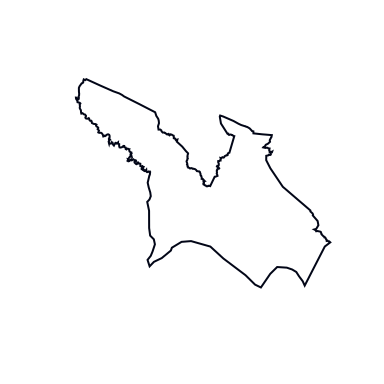 Biakoye, Volta, Ghana (orthographic projection), rotated 295°
{"feature_id": "2480657B27736636353654", "entity_name": "Biakoye", "entity_type": "district", "adm_level": 2, "iso_a3": "GHA", "parent_name": "Ghana", "parent_adm1": "Volta", "projection": "orthographic", "projection_center": [0.354, 7.392], "detail": "fine", "context": "isolated", "style": "outline", "palette": "ink", "viewbox_px": 384, "rotation_deg": 295, "n_neighbors": 0, "source": "geoboundaries", "source_scale": "gbopen_adm2", "svg_char_len": 6027}
<svg xmlns="http://www.w3.org/2000/svg" viewBox="0 0 384 384"><g transform="rotate(295 192 192)"><path d="M249.6,48.5L249.1,48.4L248.3,48.0L248.3,46.3L246.4,46.6L246.0,46.9L245.2,47.1L244.1,46.5L243.9,46.1L240.2,45.4L238.5,45.5L235.0,47.2L233.4,48.2L231.6,48.9L230.5,48.9L229.5,49.7L228.4,50.0L227.9,49.9L227.7,49.4L227.9,48.7L228.7,47.5L228.5,46.9L227.8,47.3L227.1,48.0L226.7,48.8L225.7,49.9L225.0,50.3L225.4,52.5L225.1,53.4L224.6,53.4L224.2,53.1L223.7,53.3L222.4,54.2L220.8,54.7L220.2,55.2L219.2,56.7L217.1,57.9L216.3,58.6L217.2,59.5L216.7,61.1L217.0,62.3L216.3,63.7L215.9,63.9L214.6,63.8L214.1,64.2L213.8,65.0L214.4,66.6L215.3,67.2L215.2,67.6L213.8,68.8L213.5,69.7L214.0,70.4L213.7,71.2L212.6,71.8L212.2,72.2L212.2,74.2L212.8,75.9L212.7,76.9L211.9,76.8L211.1,77.6L211.0,78.7L210.7,79.8L210.0,80.1L209.1,79.9L208.4,81.7L206.4,81.9L206.4,82.9L207.2,84.4L207.1,85.5L206.4,86.7L205.7,87.5L206.0,88.6L205.0,88.0L204.9,88.1L205.4,88.4L205.8,89.5L206.6,90.1L207.7,90.4L208.8,91.5L208.9,92.1L208.8,92.8L208.3,93.4L206.9,94.2L205.7,94.1L204.9,95.5L204.4,94.6L203.4,95.3L202.6,95.1L202.0,95.6L201.5,95.8L200.7,96.5L201.7,96.3L201.2,97.1L201.6,98.1L202.5,98.8L203.2,98.4L203.2,99.1L201.6,100.4L201.1,101.6L201.9,101.6L203.4,101.9L204.1,101.8L204.4,102.1L204.1,103.3L205.7,104.0L204.5,104.5L204.6,105.8L202.9,106.5L201.8,107.5L202.1,108.5L203.1,109.7L204.8,110.4L205.0,110.9L204.3,111.0L204.0,111.6L204.0,112.2L204.2,112.3L204.3,113.0L203.6,113.8L202.9,113.9L202.9,114.6L203.9,114.7L204.2,116.0L204.0,116.8L204.2,117.1L203.7,117.2L202.4,118.2L202.2,118.5L202.2,120.3L201.5,120.3L201.3,120.8L200.4,120.3L200.0,120.4L199.8,120.7L200.1,121.1L198.4,122.5L198.0,120.8L195.8,120.4L194.8,120.5L194.7,120.0L193.9,120.8L193.8,120.5L193.0,120.4L192.9,121.3L193.6,122.2L193.8,122.3L194.5,122.3L195.6,122.9L196.1,123.3L195.9,123.7L195.2,123.5L195.1,123.8L195.5,124.3L196.5,124.4L196.9,124.9L196.4,126.8L196.9,127.3L196.9,127.8L196.6,128.1L195.5,127.3L195.0,127.1L194.4,127.5L193.7,129.6L193.8,130.1L194.0,130.2L195.5,129.9L196.0,130.7L195.2,131.5L195.6,132.1L195.8,133.2L193.6,134.3L193.8,135.3L194.5,136.1L194.1,136.6L194.3,137.5L193.4,137.5L192.5,136.5L191.6,136.5L191.4,136.7L191.9,137.5L192.0,138.2L191.2,138.4L191.2,139.3L191.5,139.6L190.9,140.0L191.0,140.5L191.4,140.9L192.8,141.2L191.3,142.1L191.0,142.8L191.2,143.2L192.3,144.1L192.0,144.8L192.7,145.3L192.5,145.6L189.8,146.5L189.0,146.4L181.7,147.9L177.9,150.8L173.9,154.4L170.8,156.4L167.2,156.6L164.1,155.6L156.9,161.0L141.2,168.4L134.8,172.5L133.0,177.4L128.9,180.5L121.4,181.4L116.7,181.6L111.7,180.4L106.7,185.0L112.6,187.0L119.3,192.5L130.0,197.6L133.0,197.3L142.4,203.6L147.1,211.9L150.3,231.7L145.0,248.5L139.2,275.7L134.7,288.3L134.6,294.8L150.9,297.5L160.0,300.9L163.5,309.9L164.1,315.5L163.6,320.3L160.8,324.7L157.9,330.1L154.8,333.7L198.7,335.4L204.8,338.6L205.2,337.4L204.9,337.2L205.0,336.4L204.9,336.0L205.2,335.4L204.6,334.7L205.5,334.1L205.9,333.7L206.0,333.2L206.9,332.3L207.0,332.1L206.8,331.3L207.2,331.1L207.4,330.9L207.3,330.2L208.4,327.2L209.1,326.9L209.2,326.5L210.2,325.7L210.3,325.2L209.7,322.3L208.9,321.1L209.5,320.5L209.6,320.1L209.7,318.6L211.1,320.2L215.3,320.6L218.8,318.1L221.8,311.4L222.5,311.4L223.5,310.4L224.4,307.5L225.3,307.1L235.1,272.1L246.6,253.0L252.2,245.8L256.2,244.0L257.5,245.7L258.2,245.9L258.5,247.1L258.9,247.5L259.3,247.6L259.9,247.1L261.0,247.0L261.7,247.7L262.4,247.6L262.1,247.4L261.8,246.4L261.0,245.5L261.7,245.1L262.3,244.4L264.2,243.9L263.8,242.7L264.0,241.9L263.8,241.1L263.0,240.0L262.5,237.7L263.0,237.8L263.9,238.8L265.3,238.8L266.1,239.0L267.8,240.4L270.5,241.5L271.7,240.6L272.8,240.5L273.5,240.7L274.8,240.6L275.2,240.8L277.3,240.3L273.9,231.1L271.1,222.9L272.9,222.0L272.6,220.7L272.8,220.4L274.0,217.4L274.3,214.5L274.0,213.6L274.2,212.8L274.0,212.3L273.5,208.3L273.5,205.4L273.9,199.6L273.6,188.3L273.2,185.2L272.1,185.3L266.3,189.3L259.8,199.5L260.2,200.2L259.6,200.6L259.4,201.5L260.1,202.2L260.5,202.9L260.5,203.6L260.4,203.9L260.7,204.6L260.3,205.7L260.5,206.7L243.4,209.3L243.0,208.8L242.1,208.2L240.6,208.7L240.1,208.3L240.1,208.0L239.7,207.9L239.5,207.4L238.3,206.5L237.7,206.4L237.4,206.5L236.6,206.2L236.3,205.5L236.4,204.9L236.2,204.7L235.2,204.3L235.0,204.0L234.9,203.5L234.2,204.2L233.5,204.1L232.6,204.6L232.2,203.9L231.6,203.7L231.1,202.7L230.1,203.1L229.1,204.2L227.8,204.9L226.9,204.7L226.4,203.8L225.6,203.8L225.5,204.6L225.7,204.8L225.7,205.1L225.5,205.8L225.0,206.0L224.9,206.6L224.4,206.5L223.8,205.4L222.3,205.3L222.2,205.6L220.8,205.9L220.1,206.5L219.1,206.6L218.3,207.6L217.4,208.3L215.8,206.8L215.4,206.1L205.1,206.0L205.1,205.6L204.9,205.3L204.9,204.9L204.5,204.5L204.5,204.1L203.8,203.7L203.3,202.6L203.7,201.6L203.5,200.7L204.0,199.9L203.7,199.3L203.9,199.0L204.3,198.8L204.8,199.1L205.2,199.0L205.3,198.7L205.8,198.7L206.0,198.4L206.4,198.6L206.6,198.2L207.0,198.6L207.0,198.3L207.4,198.3L207.4,198.0L207.8,197.6L207.7,197.3L208.3,196.5L208.1,196.1L208.2,195.9L208.0,195.2L208.9,194.9L209.7,194.3L210.1,193.7L210.6,193.5L210.9,192.6L212.4,191.8L212.7,191.3L213.5,190.7L213.7,190.1L213.7,189.7L213.4,189.4L213.3,188.5L213.0,187.6L213.7,186.5L214.0,185.1L213.8,183.9L213.4,183.1L213.6,182.8L213.4,182.1L213.5,181.6L212.5,180.3L212.8,179.8L212.7,179.2L212.5,178.2L213.0,177.8L213.1,177.3L213.6,177.3L214.5,176.2L214.8,175.9L215.1,176.1L216.0,175.5L217.3,174.2L218.3,174.0L219.3,174.2L219.9,173.8L220.7,174.0L221.3,173.3L222.3,173.0L222.5,172.7L222.8,172.7L223.6,172.4L224.9,172.3L225.4,172.1L226.5,169.2L229.0,164.0L231.2,157.0L233.3,156.6L232.2,155.5L232.4,155.1L233.3,154.3L233.0,153.0L233.1,152.7L233.7,152.6L234.1,152.2L234.9,151.9L235.3,151.6L235.2,150.7L235.4,149.5L235.2,148.8L235.3,148.4L233.8,147.7L233.9,147.2L234.6,146.8L234.8,146.3L234.5,146.1L234.2,145.5L233.7,145.3L233.6,144.9L234.2,142.7L234.0,142.4L234.2,141.7L233.5,140.4L234.1,138.8L234.9,138.1L235.2,136.9L234.4,135.3L237.2,133.4L240.4,133.0L242.6,131.7L244.1,130.4L245.9,127.5L248.7,124.9L249.4,107.2L249.9,90.1L250.4,87.6L250.6,84.4L250.0,78.0L249.7,63.5L249.6,48.5Z" fill="none" stroke="#020617" stroke-width="2"/></g></svg>